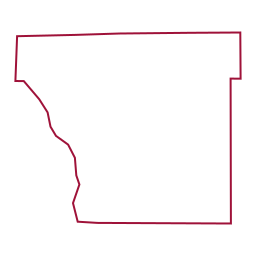 Cleveland, Arkansas, United States of America
{"feature_id": "52423323B40127238387579", "entity_name": "Cleveland", "entity_type": "district", "adm_level": 2, "iso_a3": "USA", "parent_name": "United States of America", "parent_adm1": "Arkansas", "projection": "natural_earth1", "projection_center": [-92.252, 33.884], "detail": "fine", "context": "isolated", "style": "outline", "palette": "rose", "viewbox_px": 256, "rotation_deg": 0, "n_neighbors": 0, "source": "geoboundaries", "source_scale": "gbopen_adm2", "svg_char_len": 399}
<svg xmlns="http://www.w3.org/2000/svg" viewBox="0 0 256 256"><path d="M75.2,34.9L17.1,36.2L15.4,81.0L23.8,81.1L39.2,99.2L47.6,112.4L50.5,126.7L56.0,135.9L68.1,144.6L74.9,157.8L76.3,175.4L79.4,184.5L73.0,203.1L77.7,221.7L97.4,222.9L141.0,223.1L230.9,223.5L230.8,177.1L230.6,78.6L240.6,78.7L240.3,32.5L225.3,32.6L190.3,32.8L119.8,33.5L75.2,34.9Z" fill="none" stroke="#9f1239" stroke-width="2"/></svg>